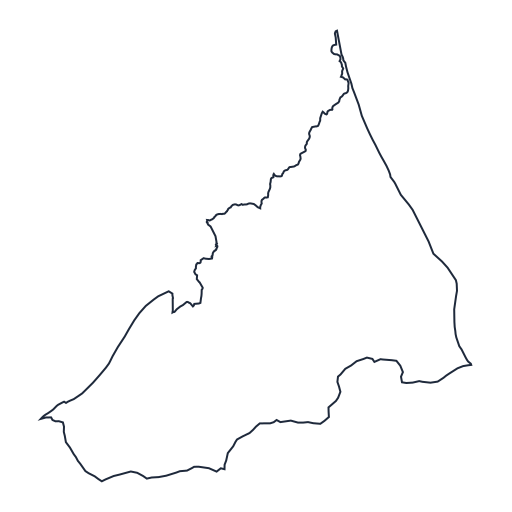 Pek, Xiangkhoang, Laos
{"feature_id": "54806243B64426060368946", "entity_name": "Pek", "entity_type": "district", "adm_level": 2, "iso_a3": "LAO", "parent_name": "Laos", "parent_adm1": "Xiangkhoang", "projection": "robinson", "projection_center": [103.256, 19.601], "detail": "fine", "context": "isolated", "style": "outline", "palette": "slate", "viewbox_px": 512, "rotation_deg": 0, "n_neighbors": 0, "source": "geoboundaries", "source_scale": "gbopen_adm2", "svg_char_len": 6024}
<svg xmlns="http://www.w3.org/2000/svg" viewBox="0 0 512 512"><path d="M337.0,30.7L335.7,31.3L335.1,32.7L334.9,33.7L335.7,37.4L336.2,44.6L334.2,45.0L333.0,45.5L332.4,46.2L331.9,47.2L331.6,48.4L331.4,50.2L331.5,51.5L332.2,52.5L334.0,54.0L335.4,54.3L337.1,54.4L339.5,55.7L340.0,56.4L340.4,57.8L340.5,59.2L339.6,61.1L340.3,61.6L341.1,62.5L341.9,64.9L341.9,66.3L342.3,67.1L342.9,67.9L343.2,68.5L342.9,69.3L342.4,70.3L342.1,71.4L342.2,73.4L342.0,74.3L341.6,75.0L341.4,76.1L341.0,76.8L343.0,77.4L345.2,79.4L346.7,79.4L347.4,79.7L348.6,83.0L348.2,86.1L348.3,88.2L348.2,89.4L348.0,90.7L347.5,91.9L346.7,92.7L345.8,93.2L344.5,93.5L343.8,93.9L342.4,95.9L341.6,96.7L340.4,97.4L339.4,99.8L339.3,101.0L338.8,101.9L338.3,102.6L335.6,104.3L333.2,106.0L332.6,106.9L332.3,108.0L332.3,108.7L332.4,109.4L332.1,109.8L330.9,109.8L330.0,109.9L328.1,111.0L327.5,111.7L327.1,113.8L326.5,114.4L325.1,113.9L324.4,113.3L323.7,112.5L322.7,111.7L321.8,113.3L320.2,118.2L320.2,120.1L320.1,120.9L319.7,121.6L318.8,124.3L318.1,125.8L316.7,126.4L315.6,126.4L312.1,127.1L311.2,128.7L310.6,130.1L310.1,130.9L309.5,132.0L309.2,132.9L309.1,133.9L309.8,136.1L309.6,137.6L309.0,138.9L307.1,141.5L306.8,142.4L306.8,143.8L306.4,144.4L305.8,145.1L305.5,145.5L305.2,146.3L305.0,147.3L305.1,148.2L305.8,149.8L305.7,150.5L305.5,151.1L304.1,151.9L301.0,153.5L300.4,153.9L300.0,155.1L300.4,156.7L300.6,158.7L300.3,159.7L299.0,161.8L298.5,163.5L298.2,164.1L297.8,164.6L296.4,165.1L295.7,165.5L295.0,166.0L294.0,166.5L290.8,167.0L290.0,167.0L289.2,167.4L288.0,169.2L287.4,169.8L286.5,170.1L285.3,170.3L283.9,171.3L283.1,173.2L282.4,173.9L281.9,175.6L281.6,176.1L280.4,176.4L276.9,176.3L275.7,175.9L274.6,175.1L273.8,173.9L273.6,174.2L273.3,175.2L273.4,176.3L273.4,177.2L272.7,177.6L271.7,177.9L271.2,178.4L270.9,179.1L270.6,182.0L270.2,183.5L270.1,184.3L270.3,185.2L270.3,187.3L269.9,188.8L268.4,192.1L268.1,193.6L268.2,195.0L267.8,197.3L266.1,197.6L265.1,197.4L264.2,197.9L263.5,198.7L262.0,199.8L261.5,201.0L261.5,202.3L261.7,203.5L260.7,205.3L260.2,207.0L260.2,208.3L257.7,207.2L255.6,205.3L253.8,204.0L250.6,203.4L249.6,203.4L248.5,203.6L246.8,204.4L244.4,204.5L242.6,204.8L241.6,204.1L240.0,204.9L238.7,205.4L237.9,205.3L235.9,204.4L234.5,204.4L232.8,204.9L231.4,206.2L230.7,207.4L229.6,207.8L228.2,208.9L227.9,209.8L227.2,210.7L227.0,211.3L226.3,211.8L225.4,212.9L224.8,213.5L224.1,213.8L222.8,213.8L222.0,214.1L220.3,213.9L219.6,214.0L218.7,214.0L217.9,214.3L217.3,214.3L216.3,215.1L215.8,215.3L215.6,215.9L215.1,216.5L214.3,217.1L213.8,218.1L212.2,219.3L211.0,219.8L210.3,220.2L209.7,220.5L209.1,220.4L208.5,220.1L207.3,220.0L207.5,220.4L207.1,220.8L206.9,221.3L206.8,221.6L206.8,222.3L207.1,222.6L207.6,222.7L207.6,223.6L207.8,223.9L208.0,224.3L208.1,224.6L210.6,226.5L215.5,236.2L216.6,242.6L216.4,242.9L216.5,243.7L216.8,243.8L216.7,244.0L216.4,244.0L216.1,244.3L216.0,244.5L216.5,244.7L216.6,245.0L216.3,245.3L216.2,245.6L216.6,245.4L216.6,245.6L216.9,245.6L217.1,245.9L217.3,246.0L217.4,246.6L217.3,247.0L217.0,247.4L217.0,247.6L216.3,248.9L216.4,249.1L216.0,249.7L215.8,249.8L215.8,250.1L215.6,250.2L215.3,250.5L215.0,250.5L214.4,250.8L214.3,251.2L213.9,251.5L213.3,252.2L212.8,253.2L212.6,255.1L212.3,255.5L212.3,255.9L211.6,256.4L211.6,256.8L212.2,257.2L212.2,257.5L212.0,258.5L209.0,259.0L205.6,258.7L203.6,258.2L200.7,260.2L200.7,261.6L200.5,262.5L199.7,263.1L199.1,263.2L197.5,263.0L196.9,263.9L196.3,264.4L195.9,266.7L195.9,268.4L194.8,269.9L194.4,271.1L194.2,271.9L195.5,274.3L197.1,275.3L196.8,279.1L199.2,282.1L199.6,282.3L202.7,287.7L202.6,288.4L202.2,289.2L201.7,289.8L201.6,293.9L201.4,296.1L201.0,298.2L200.4,302.9L198.9,303.5L194.3,303.9L193.8,305.5L192.9,306.4L190.2,303.2L188.9,302.7L188.5,302.3L187.2,301.9L186.6,302.0L182.9,305.1L180.3,306.5L176.7,309.3L174.8,311.6L174.2,312.0L173.4,312.0L172.5,312.5L172.6,311.5L172.8,310.7L172.7,298.7L173.0,298.2L172.4,295.1L172.4,293.6L168.7,291.3L158.2,296.3L153.8,299.5L145.8,305.9L139.4,313.1L134.4,320.1L129.0,329.0L124.7,336.6L117.8,347.1L112.6,356.2L110.2,361.1L108.9,363.6L105.9,367.7L99.6,375.2L92.9,382.8L82.2,393.4L73.8,399.1L70.2,400.6L67.9,401.7L66.0,402.9L64.1,401.7L62.6,402.4L58.1,404.8L56.7,405.9L53.3,409.4L51.2,411.0L48.0,413.2L45.6,414.6L43.8,415.9L42.4,417.2L40.8,418.9L45.8,417.5L51.1,417.4L52.5,420.0L55.5,421.3L58.8,421.2L62.9,422.4L64.0,426.7L63.8,431.9L64.8,435.9L65.9,442.2L69.9,447.5L73.7,454.1L75.9,457.1L77.9,460.9L80.2,463.7L85.4,471.1L88.6,473.2L94.7,476.3L98.3,479.0L101.8,481.3L105.6,479.4L113.7,476.0L119.5,474.6L130.8,471.5L137.2,472.8L143.1,476.0L146.8,478.6L151.7,477.5L158.6,477.1L166.2,475.7L176.2,472.6L179.9,471.2L187.0,470.6L191.9,468.1L194.1,466.8L198.5,466.7L208.9,468.2L216.6,471.6L220.8,468.3L224.5,469.2L224.6,464.7L226.2,460.5L227.8,453.1L233.2,446.3L235.4,442.0L237.0,439.5L242.8,436.3L249.6,433.0L253.1,429.8L256.0,426.6L259.8,423.4L270.2,423.3L273.7,422.2L276.6,420.0L280.4,422.1L290.8,420.6L298.0,422.6L303.1,422.6L308.0,422.1L313.2,423.2L320.3,423.8L324.4,420.9L328.9,417.0L328.6,411.7L328.5,407.4L335.9,401.0L338.1,397.8L340.4,391.8L339.0,386.5L337.4,381.9L338.0,376.6L340.5,374.5L345.3,368.8L351.1,365.5L356.6,361.2L363.4,359.0L366.9,357.6L372.4,358.9L374.4,361.9L380.5,359.2L382.8,359.5L391.8,360.2L396.4,360.8L400.3,365.7L402.9,372.1L401.0,376.7L402.0,382.3L406.3,383.0L412.7,382.6L419.2,381.1L422.4,381.8L430.5,382.7L437.7,381.6L443.5,377.8L446.2,375.6L449.5,373.4L457.5,368.3L463.1,366.1L467.9,365.3L471.2,364.9L470.8,363.7L468.1,361.5L467.0,359.9L465.7,357.6L461.6,349.5L459.3,346.2L456.3,337.4L455.6,334.1L455.3,331.0L454.7,327.0L454.4,322.0L454.2,309.3L456.1,295.9L457.0,290.8L456.7,283.7L455.9,280.2L447.6,267.7L442.0,261.5L433.4,253.7L428.6,241.5L412.6,209.8L408.8,204.5L400.8,194.8L395.2,183.6L394.2,181.9L390.5,177.0L390.1,174.4L388.7,170.6L386.5,165.9L383.8,161.0L381.5,157.0L379.3,152.9L375.4,144.9L372.6,139.7L369.7,133.8L367.2,128.4L361.8,115.8L358.7,104.6L354.0,92.1L352.4,88.1L351.4,83.7L347.5,72.3L346.0,66.5L345.3,62.8L343.4,60.4L343.2,58.6L342.7,56.9L341.5,54.5L337.0,30.7Z" fill="none" stroke="#1e293b" stroke-width="2"/></svg>